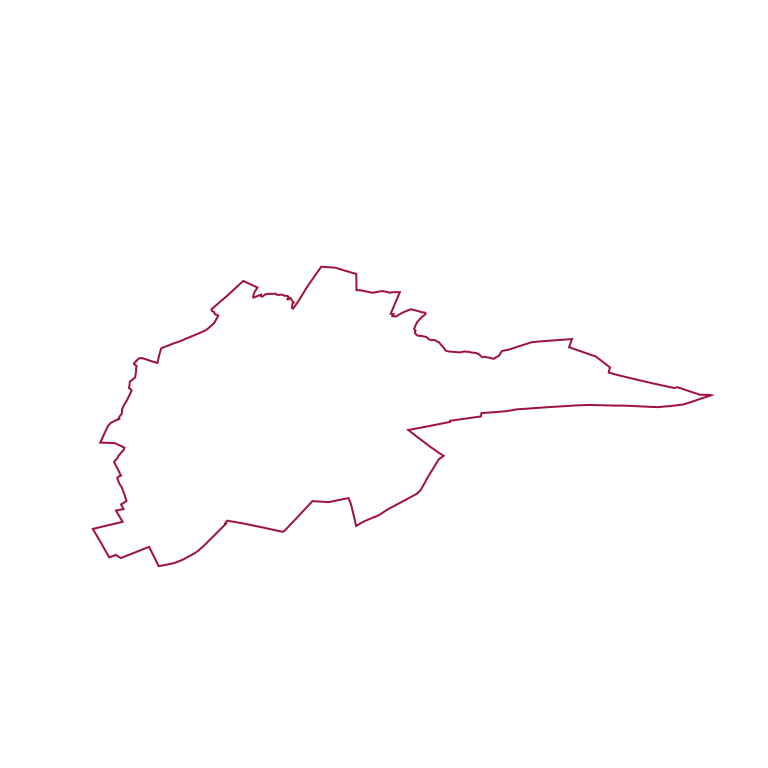 Gulbene, Gulbene, Latvia (Equal Earth projection), rotated 167°
{"feature_id": "27541924B45220335031479", "entity_name": "Gulbene", "entity_type": "district", "adm_level": 2, "iso_a3": "LVA", "parent_name": "Latvia", "parent_adm1": "Gulbene", "projection": "equal_earth", "projection_center": [26.756, 57.173], "detail": "fine", "context": "isolated", "style": "outline", "palette": "rose", "viewbox_px": 768, "rotation_deg": 167, "n_neighbors": 0, "source": "geoboundaries", "source_scale": "gbopen_adm2", "svg_char_len": 5590}
<svg xmlns="http://www.w3.org/2000/svg" viewBox="0 0 768 768"><g transform="rotate(167 384 384)"><path d="M651.3,409.5L651.3,409.1L653.4,409.0L656.1,408.3L658.5,407.7L659.1,407.5L662.3,405.3L666.3,400.3L669.7,395.9L672.6,392.0L673.7,390.8L659.3,386.8L651.3,380.4L652.3,378.5L658.7,373.9L660.6,371.7L664.6,368.7L662.5,360.6L661.2,355.1L660.9,353.9L661.9,353.9L661.9,353.7L664.1,353.2L664.7,352.7L664.9,352.7L665.0,351.9L664.9,351.0L664.8,350.3L664.7,349.5L664.5,348.0L664.2,346.2L664.0,345.4L663.6,344.5L663.3,343.7L662.9,342.8L662.5,340.3L662.0,336.8L661.8,334.9L661.2,327.9L667.3,325.8L665.9,320.7L673.6,321.0L669.7,308.5L700.3,308.3L695.4,292.7L691.5,279.4L690.8,276.9L684.3,277.7L683.9,277.9L679.7,273.6L667.1,275.5L649.5,278.2L648.4,273.6L647.0,267.7L645.8,262.9L645.7,262.3L644.5,257.2L640.2,257.0L634.4,256.8L630.2,256.7L625.7,257.1L625.1,257.2L619.5,258.1L607.6,261.4L603.4,262.9L596.3,266.7L588.0,271.9L569.4,283.4L570.3,283.9L567.6,286.1L553.2,280.1L552.6,279.8L545.3,276.5L539.6,273.8L538.6,273.4L535.6,272.0L531.9,270.3L528.4,268.6L526.5,267.7L517.7,263.6L516.9,263.2L515.6,262.9L515.1,262.8L514.8,262.9L514.5,263.0L508.9,266.7L495.9,275.3L489.8,279.4L480.1,286.0L464.6,281.4L458.7,281.2L454.0,281.1L444.2,280.8L443.2,274.1L443.1,263.7L443.1,253.3L443.1,251.9L438.0,253.6L433.1,254.9L418.8,257.3L408.3,261.1L403.4,262.4L389.7,266.1L376.5,269.7L372.2,272.4L366.0,279.1L363.9,281.6L362.9,282.7L358.9,286.8L356.5,289.2L347.6,298.3L345.6,299.1L344.5,299.6L342.0,300.6L344.8,303.4L346.4,304.9L350.1,309.2L353.0,312.3L356.6,316.6L357.9,318.2L360.9,321.8L361.0,322.0L364.4,326.0L367.1,329.4L370.7,333.7L353.3,333.0L347.7,332.8L347.3,332.8L328.1,332.2L327.9,333.3L296.9,330.6L295.5,333.8L286.1,332.2L269.9,329.9L260.9,329.5L228.6,324.4L201.1,319.8L189.1,317.5L165.0,311.3L155.2,309.0L123.1,300.0L109.9,298.1L96.8,296.7L89.1,297.3L78.2,298.5L67.7,299.4L69.1,300.1L78.7,302.5L83.0,305.2L83.2,305.3L86.4,307.2L89.3,309.0L93.9,311.9L98.8,314.9L102.1,314.8L111.4,319.2L112.2,319.5L129.9,328.0L152.8,339.4L162.5,344.6L160.1,349.4L171.4,363.1L195.4,378.2L190.7,385.5L212.1,388.8L218.3,389.8L230.3,391.5L234.1,391.2L240.4,390.7L246.2,390.2L253.9,389.5L261.4,389.6L261.9,389.4L262.5,388.9L265.3,386.0L266.4,385.4L269.7,384.6L271.0,383.9L271.6,384.0L273.8,384.9L274.7,385.6L278.9,387.4L279.6,387.8L281.7,387.8L282.6,388.3L283.5,389.8L285.2,392.0L288.2,393.9L289.4,394.2L292.7,395.4L294.4,396.5L295.9,396.6L297.1,397.3L298.5,397.6L300.9,397.7L302.5,397.6L310.8,400.2L312.1,400.6L313.0,400.9L314.2,401.5L315.3,401.9L316.5,402.8L317.1,404.4L317.7,405.9L319.0,408.4L319.8,409.7L321.2,412.5L322.9,413.5L323.3,414.1L323.8,414.6L324.9,415.4L325.4,415.7L325.9,415.8L326.6,415.9L327.4,415.9L328.0,416.0L329.8,417.2L330.5,417.7L331.1,418.9L332.1,420.2L332.4,420.4L336.3,422.2L338.7,423.0L339.9,423.4L340.4,423.6L341.1,424.3L341.6,425.1L341.8,425.5L342.3,426.4L342.4,427.2L342.3,427.4L341.7,428.2L341.2,428.9L341.3,429.3L341.8,429.7L342.1,430.0L342.2,431.0L341.5,432.0L340.4,433.6L338.7,435.7L337.3,437.3L336.2,437.9L334.0,439.4L332.0,440.8L329.2,442.0L328.0,442.7L327.8,443.1L327.6,443.4L327.7,443.7L328.6,444.7L330.4,445.1L331.4,445.6L333.7,447.0L337.5,449.0L340.9,450.8L344.0,450.4L349.6,449.4L352.5,448.6L356.7,447.1L357.8,447.2L359.1,447.9L360.0,447.9L360.6,448.2L359.0,449.9L361.7,450.9L354.8,460.4L347.9,469.9L350.7,470.6L353.7,471.2L355.1,471.5L356.1,471.6L357.9,471.7L359.1,472.3L360.5,473.1L361.4,473.5L363.0,474.2L365.1,475.0L371.1,475.3L374.3,475.4L375.8,476.0L382.1,478.9L384.9,480.2L386.2,480.8L389.7,481.6L387.0,493.9L386.3,497.5L393.5,501.5L400.7,505.6L401.5,506.0L404.4,507.9L405.3,508.3L412.0,510.3L418.7,512.4L419.6,511.6L424.9,506.9L430.2,502.1L437.3,495.7L443.2,489.6L449.2,483.6L455.5,478.0L455.6,478.4L456.5,478.7L456.1,480.0L455.8,480.8L455.4,482.6L453.6,483.5L455.0,486.4L455.5,488.6L456.3,488.8L457.5,488.2L458.4,488.0L459.0,488.2L458.7,488.9L457.6,489.8L457.4,490.6L458.2,491.4L459.1,491.9L460.1,492.1L461.1,492.4L461.8,492.9L462.7,493.8L464.5,494.3L465.7,494.3L467.2,494.6L468.7,495.3L469.1,496.3L469.4,496.4L470.3,496.6L471.7,496.7L474.2,497.3L476.4,497.8L479.7,498.0L482.3,496.7L483.5,496.7L484.0,496.9L483.6,498.7L484.7,498.6L488.5,498.0L489.6,497.8L491.9,497.7L491.7,498.7L491.3,499.8L489.3,502.9L485.6,506.5L492.2,511.6L498.0,516.1L498.2,515.9L503.1,513.2L505.9,511.6L513.4,507.3L517.2,505.1L524.4,501.4L534.8,495.8L535.2,495.6L535.3,494.2L535.2,493.8L534.9,493.5L534.5,493.2L533.9,492.9L533.5,492.5L533.2,492.1L533.3,491.9L533.2,491.2L533.1,490.2L532.8,489.9L532.0,489.4L531.4,489.1L531.1,488.9L530.1,487.9L530.9,487.0L531.6,486.2L534.2,483.3L534.6,483.1L535.5,481.7L540.6,479.0L542.4,477.9L545.7,476.5L549.0,475.8L554.3,474.8L560.9,473.7L567.4,472.6L570.3,472.0L575.4,471.3L580.6,470.8L586.0,469.9L592.6,469.0L593.4,468.5L595.5,464.6L596.9,462.0L600.0,455.5L601.2,456.1L603.2,457.2L605.4,458.5L607.9,460.0L611.7,462.4L613.3,463.3L615.1,463.9L615.8,464.2L617.2,463.9L618.4,463.3L618.7,463.0L619.1,462.8L619.7,462.5L620.1,462.2L620.5,462.1L621.4,461.4L621.4,461.2L621.6,461.1L622.3,460.9L622.5,460.7L622.8,460.2L623.1,460.0L623.1,459.7L622.8,459.2L622.2,458.7L621.8,458.1L621.4,457.8L621.0,457.3L621.8,455.4L622.5,453.0L622.7,452.1L623.7,449.8L624.8,446.7L625.3,446.2L630.4,443.8L631.0,443.6L631.2,443.3L631.4,442.5L632.2,440.4L632.4,439.4L633.3,437.8L633.4,437.5L633.1,437.1L632.7,436.6L631.4,434.8L631.4,434.3L632.6,432.8L638.1,426.0L640.5,423.6L642.3,421.7L643.1,420.7L645.2,417.8L645.2,416.6L646.2,414.2L646.4,413.9L649.3,411.5L649.7,411.0L649.7,410.9L649.7,410.3L649.7,410.2L649.7,409.6L650.5,409.6L651.3,409.5Z" fill="none" stroke="#9f1239" stroke-width="2"/></g></svg>